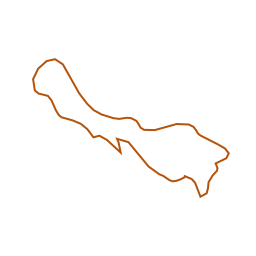 SVG path tracing the border of Mayaguana, rotated 194°
{"feature_id": "BHS-5037", "entity_name": "Mayaguana", "entity_type": "District", "adm_level": 1, "iso_a3": "BHS", "parent_name": "The Bahamas", "parent_adm1": "", "projection": "robinson", "projection_center": [-72.982, 22.374], "detail": "fine", "context": "isolated", "style": "outline", "palette": "amber", "viewbox_px": 256, "rotation_deg": 194, "n_neighbors": 0, "source": "natural_earth", "source_scale": "10m", "svg_char_len": 901}
<svg xmlns="http://www.w3.org/2000/svg" viewBox="0 0 256 256"><g transform="rotate(194 128 128)"><path d="M37.4,134.0L28.9,131.6L24.1,127.8L25.3,122.4L34.4,114.8L31.5,110.8L31.3,108.1L34.4,102.4L36.7,95.0L35.8,88.8L35.9,83.6L41.1,78.9L49.6,91.0L53.8,93.9L61.3,95.0L61.3,93.8L64.2,91.2L68.2,88.5L71.5,87.1L75.0,87.4L82.4,90.1L86.5,90.7L98.7,95.6L124.2,114.4L136.0,114.8L133.6,111.6L129.2,102.4L145.7,111.4L153.9,113.6L159.3,110.6L167.1,117.0L174.7,120.6L183.6,122.0L195.1,122.3L198.4,123.9L202.3,127.8L208.8,136.2L213.5,139.8L223.2,139.8L227.5,141.9L231.9,152.4L229.5,163.9L223.1,173.3L215.4,177.1L206.6,174.0L183.6,149.7L173.6,141.7L165.6,137.0L156.9,134.7L144.4,134.0L138.8,134.7L131.4,137.7L127.5,138.3L121.7,137.0L118.5,134.2L115.9,131.4L112.0,130.1L101.4,132.5L81.8,143.6L69.8,146.1L64.6,144.9L61.3,142.2L58.8,139.6L56.1,138.3L37.4,134.0Z" fill="none" stroke="#b45309" stroke-width="2"/></g></svg>